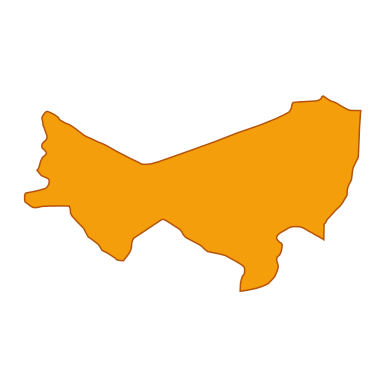 outline of Sèbè-Brikolo, Haut-Ogooué, Gabon, rotated 91°
{"feature_id": "22940354B60180935649619", "entity_name": "Sèbè-Brikolo", "entity_type": "district", "adm_level": 2, "iso_a3": "GAB", "parent_name": "Gabon", "parent_adm1": "Haut-Ogooué", "projection": "equal_earth", "projection_center": [13.691, -0.557], "detail": "fine", "context": "isolated", "style": "filled", "palette": "amber", "viewbox_px": 384, "rotation_deg": 91, "n_neighbors": 0, "source": "geoboundaries", "source_scale": "gbopen_adm2", "svg_char_len": 3016}
<svg xmlns="http://www.w3.org/2000/svg" viewBox="0 0 384 384"><g transform="rotate(91 192 192)"><path d="M107.6,24.7L107.7,30.5L107.6,35.3L106.8,38.0L105.1,41.2L103.0,45.1L100.9,48.5L99.5,51.7L98.7,54.5L96.7,58.0L94.8,60.8L93.7,62.5L94.5,63.8L96.2,64.5L97.2,65.5L98.6,68.3L99.1,73.5L99.5,79.0L100.1,87.0L100.8,92.5L102.4,93.4L104.4,93.9L106.3,94.1L108.3,95.1L110.3,96.3L111.8,98.8L113.3,101.5L117.0,108.9L123.8,124.8L132.1,147.7L141.4,170.3L151.5,196.9L162.4,226.2L164.6,233.5L165.2,238.9L165.0,242.9L163.0,246.6L159.6,254.1L152.7,268.1L147.1,278.3L145.2,282.5L143.1,287.9L140.6,293.3L138.7,298.0L137.0,301.2L134.9,304.0L129.1,311.9L126.9,315.6L125.6,319.1L124.1,322.2L121.9,325.8L119.8,327.0L117.2,330.7L115.5,334.0L114.1,337.6L113.9,337.9L114.6,339.7L115.8,340.8L117.4,341.9L118.9,342.8L120.3,343.3L122.2,343.1L123.9,342.6L126.2,342.2L127.8,342.2L129.8,341.2L132.2,340.3L135.2,339.2L138.2,338.0L140.9,338.0L143.0,339.2L144.4,341.0L146.8,342.8L148.6,342.9L150.6,342.6L151.5,341.5L152.5,340.2L154.7,338.6L156.3,338.2L157.9,339.6L159.5,341.5L161.1,342.6L163.2,343.6L165.4,344.3L169.2,345.2L171.7,346.2L173.0,347.4L174.1,346.3L175.9,345.0L178.3,342.8L179.5,339.9L180.9,336.5L182.2,335.2L184.3,334.9L186.9,335.4L189.4,336.8L191.1,338.7L191.9,341.5L193.1,345.4L194.2,350.0L194.9,353.1L195.3,355.5L196.1,358.4L198.1,359.3L202.7,359.2L204.9,358.7L207.1,355.5L209.0,353.0L210.2,350.8L210.4,348.1L210.0,345.5L209.1,342.2L208.9,339.4L208.5,333.7L208.4,328.2L208.2,322.4L208.2,314.6L210.9,313.5L215.2,313.1L218.2,311.5L222.5,307.4L225.9,304.1L230.4,299.5L233.4,298.0L238.6,295.1L241.0,291.5L245.8,285.0L249.8,282.2L251.9,280.9L253.0,278.6L254.9,274.8L259.4,267.7L261.0,266.2L261.8,262.5L261.9,259.3L259.7,257.8L257.3,255.8L253.9,253.6L251.0,252.2L248.1,251.6L242.9,251.2L239.4,249.7L222.1,224.7L220.1,221.8L219.8,219.9L221.7,216.3L229.6,203.5L232.3,201.3L234.5,200.2L237.6,197.4L244.7,183.4L246.8,180.5L248.9,178.6L251.3,175.2L252.7,167.7L253.6,162.7L255.0,157.4L257.2,153.2L260.7,146.6L263.8,141.3L265.8,138.8L268.6,137.9L273.0,138.3L275.3,140.1L278.8,141.2L282.1,141.9L290.3,142.1L290.1,139.7L289.5,136.7L288.6,132.1L288.0,129.4L287.1,125.8L285.5,121.1L283.7,116.9L282.2,114.1L278.8,110.9L275.1,107.8L271.4,106.2L268.3,105.1L265.8,104.6L263.6,104.7L261.5,105.4L259.0,106.2L257.0,106.1L255.5,105.6L254.5,104.4L253.4,103.3L251.1,102.2L249.0,101.6L246.1,101.1L243.0,100.9L241.3,102.2L240.7,103.5L239.1,105.2L237.6,106.4L235.6,106.6L233.9,105.7L232.3,104.3L231.0,102.6L228.9,99.0L227.2,96.2L225.7,93.6L225.1,91.7L224.8,89.2L224.8,85.8L225.0,82.9L225.8,80.6L227.3,77.7L228.9,75.0L230.8,71.2L232.5,68.4L234.2,64.9L236.2,61.4L237.1,59.6L237.3,59.4L228.8,59.4L221.9,59.4L220.5,58.0L217.3,56.5L215.7,55.1L213.4,53.0L210.3,50.3L207.8,48.1L203.1,43.4L199.7,41.0L196.2,39.1L194.6,38.1L192.6,37.0L189.5,36.9L187.2,36.7L184.5,36.2L181.1,34.9L178.8,33.6L176.4,32.7L169.5,32.0L165.5,31.5L162.5,30.2L158.3,28.3L155.9,27.0L153.6,26.3L136.7,25.9L123.7,25.6L109.9,24.9L107.6,24.7Z" fill="#f59e0b" stroke="#b45309" stroke-width="1.5"/></g></svg>